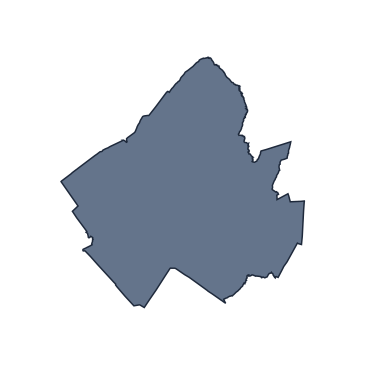 outline of Beidaud, Tulcea, Romania, rotated 27°
{"feature_id": "2599482B84970171586181", "entity_name": "Beidaud", "entity_type": "district", "adm_level": 2, "iso_a3": "ROU", "parent_name": "Romania", "parent_adm1": "Tulcea", "projection": "mercator", "projection_center": [28.531, 44.703], "detail": "fine", "context": "isolated", "style": "filled", "palette": "slate", "viewbox_px": 384, "rotation_deg": 27, "n_neighbors": 0, "source": "geoboundaries", "source_scale": "gbopen_adm2", "svg_char_len": 5977}
<svg xmlns="http://www.w3.org/2000/svg" viewBox="0 0 384 384"><g transform="rotate(27 192 192)"><path d="M256.2,273.6L272.5,275.9L268.9,273.2L269.7,272.0L270.1,271.8L270.5,271.0L271.0,270.7L271.7,269.9L271.9,269.1L273.1,267.6L273.9,267.1L274.2,266.5L275.2,266.2L275.4,265.1L275.7,264.6L276.9,261.0L277.7,259.6L278.2,257.9L278.8,256.4L278.9,255.0L279.7,253.1L279.8,252.6L279.6,252.0L279.7,251.1L279.6,249.8L280.4,249.8L280.3,249.3L280.6,249.3L280.3,248.8L280.6,248.4L280.7,247.9L280.3,247.3L280.2,246.6L280.6,246.1L280.1,245.9L279.9,245.3L279.8,244.8L280.0,244.5L279.8,243.6L280.0,243.5L279.9,243.3L279.7,242.7L279.1,242.1L279.2,241.3L279.7,240.5L280.1,240.2L280.2,240.9L280.6,241.2L282.0,240.4L282.1,240.0L282.7,239.5L282.9,238.8L283.5,238.4L284.2,238.4L284.8,238.1L285.5,238.3L286.2,238.0L287.0,238.1L287.6,237.6L291.7,236.1L292.1,236.2L292.5,236.7L292.9,236.8L293.2,236.6L293.5,235.9L293.9,235.5L295.9,235.4L296.5,234.6L296.8,234.2L297.5,233.5L297.5,231.2L297.8,229.5L299.0,228.5L299.2,227.5L300.2,228.1L300.9,228.0L301.8,228.8L302.2,229.3L303.1,229.6L303.4,230.0L304.1,229.8L304.2,230.3L304.4,230.6L304.8,230.5L305.2,230.7L305.2,230.2L305.5,229.1L307.5,229.0L307.6,220.8L307.6,217.5L307.5,217.2L308.4,211.1L309.1,189.7L310.4,189.7L313.4,189.1L310.4,181.5L300.0,158.2L296.5,149.9L296.3,149.1L296.2,149.0L293.4,150.8L284.0,156.1L280.0,151.6L278.3,150.0L271.2,160.2L270.3,158.4L269.0,156.4L270.1,154.8L268.6,153.6L268.2,153.8L267.2,153.4L266.8,154.0L262.4,153.4L262.0,153.0L261.9,151.7L261.2,150.5L260.6,149.6L260.2,144.8L260.4,143.3L260.2,141.8L260.4,140.1L259.9,139.0L260.2,135.8L259.8,133.8L260.3,132.9L258.1,130.2L257.4,128.0L257.9,127.2L257.1,125.9L256.9,125.0L257.0,123.1L259.5,120.8L261.4,118.7L260.6,116.4L260.6,115.4L260.1,114.6L260.4,113.6L259.2,111.3L258.7,108.0L258.3,106.7L257.8,104.5L257.2,102.4L238.9,120.4L234.9,124.1L235.1,125.6L235.6,126.7L235.7,127.5L235.7,129.3L236.1,132.5L235.5,133.2L235.7,135.0L235.6,135.3L234.8,136.1L234.4,137.0L234.2,137.2L232.3,137.6L231.8,137.6L231.9,136.8L232.1,136.6L232.0,136.3L231.6,136.1L231.8,135.9L231.6,135.4L231.0,135.1L230.9,134.6L230.2,134.4L230.2,134.1L230.5,133.8L230.2,133.8L230.2,133.4L230.0,133.0L228.7,133.0L226.7,131.8L225.4,132.2L225.2,131.6L224.5,130.9L224.3,130.9L224.3,131.3L223.8,131.0L224.1,130.5L224.0,130.2L224.4,130.1L224.4,129.4L223.0,128.4L222.6,128.6L222.2,128.3L221.7,126.6L222.0,125.7L221.6,125.3L221.2,125.6L220.9,125.5L220.7,125.0L220.8,124.6L220.6,124.2L220.3,123.0L219.9,123.6L219.7,123.7L218.2,123.3L216.5,123.9L215.7,123.7L215.2,122.9L215.2,122.2L214.9,121.8L215.0,121.5L214.6,119.8L213.7,119.5L213.6,119.3L213.5,118.8L212.8,119.1L211.7,118.7L211.5,118.8L210.9,118.7L210.8,118.8L210.9,119.2L209.9,119.2L209.4,119.6L208.5,119.8L208.1,120.2L207.3,119.7L207.0,118.8L207.3,118.2L207.3,117.7L207.0,117.0L207.0,116.4L207.3,116.0L207.4,115.4L207.3,112.9L206.9,112.1L206.9,110.3L206.6,109.6L206.7,109.2L206.2,108.6L205.5,107.4L205.7,106.2L205.6,104.9L205.3,104.7L205.3,104.3L204.9,103.9L204.9,102.9L205.3,102.5L204.9,101.9L204.8,101.2L205.4,101.1L205.0,100.6L205.1,99.6L204.5,98.8L204.6,98.5L205.0,98.1L204.7,97.6L204.9,97.3L204.7,97.0L204.7,96.6L205.0,95.7L204.8,95.4L204.8,94.6L204.3,93.8L203.8,93.8L203.7,93.4L203.3,93.6L203.4,93.2L202.3,93.0L202.7,92.7L202.2,91.6L201.9,91.3L201.2,91.4L201.4,90.9L201.1,90.7L200.6,90.0L200.0,89.7L199.1,88.7L198.1,88.2L197.2,86.8L195.9,85.8L196.0,85.4L195.4,85.0L195.4,84.6L194.8,84.4L194.5,84.0L194.0,84.2L193.6,84.0L193.3,84.0L193.2,83.5L192.8,83.7L192.0,83.2L192.2,82.9L192.2,82.6L191.7,82.1L191.6,81.9L192.0,82.1L192.3,81.8L192.3,81.5L191.3,81.2L191.1,80.8L190.8,80.9L190.8,81.2L190.6,81.4L190.5,80.9L189.5,80.4L188.6,80.4L188.2,80.2L188.3,79.7L187.6,79.6L187.9,78.7L187.7,78.7L187.5,78.1L187.0,78.5L186.8,78.3L187.2,78.1L187.2,77.9L186.9,77.8L186.7,77.4L186.8,77.1L186.0,76.7L186.3,76.5L186.6,76.0L185.6,75.9L185.2,76.2L183.7,76.3L183.3,76.6L182.8,76.6L182.7,76.8L182.4,76.6L181.9,76.6L181.7,76.8L181.2,76.5L180.8,76.8L180.4,76.8L179.6,76.2L178.7,75.9L177.9,76.3L177.6,76.3L174.2,74.6L170.7,73.9L170.4,73.6L168.7,72.8L168.0,71.9L167.4,71.7L166.8,71.1L166.0,71.0L165.6,70.4L164.7,70.2L163.9,69.7L162.3,69.5L161.5,69.2L160.3,69.1L159.7,68.7L159.6,68.3L159.1,68.2L158.9,67.6L157.7,68.0L157.4,67.6L156.6,67.9L156.2,67.5L155.9,68.0L155.3,67.7L154.4,68.5L154.1,68.5L152.4,66.8L150.8,65.9L149.9,65.6L149.2,64.9L147.7,64.2L147.0,64.5L146.8,65.1L146.2,65.3L146.0,65.2L145.9,64.7L145.7,64.5L145.0,64.7L144.6,65.7L144.3,65.9L143.7,66.0L143.5,66.5L142.3,67.4L141.7,67.4L141.3,68.1L140.6,68.3L140.2,69.1L139.6,69.6L138.9,70.7L138.6,71.3L138.7,72.1L138.6,72.9L137.9,73.8L137.2,75.1L135.8,79.9L135.3,80.9L135.2,81.0L133.3,85.2L131.6,88.3L131.4,90.9L130.4,94.4L130.2,95.6L130.4,97.5L130.3,98.7L129.6,99.8L129.1,101.6L128.6,102.5L128.2,104.0L127.6,107.5L127.1,108.9L126.6,112.1L126.6,113.4L124.8,113.3L124.6,113.6L124.4,114.3L124.1,114.5L121.0,132.5L118.8,143.5L117.8,143.9L114.8,146.0L114.1,146.7L113.8,147.3L113.5,151.6L113.8,154.6L113.5,156.0L113.5,158.8L113.7,159.9L114.0,164.1L113.7,165.4L109.9,172.9L109.5,174.2L110.5,175.9L111.3,176.7L111.2,177.4L111.0,177.5L108.8,176.9L107.4,176.9L107.1,177.1L107.3,177.1L98.9,188.0L97.8,189.5L97.4,190.4L95.3,192.8L93.6,195.2L93.5,196.3L93.2,196.9L91.9,197.8L91.7,198.1L90.1,201.5L89.0,203.5L76.6,229.0L75.9,230.9L70.8,241.4L70.6,242.2L96.8,256.2L94.2,263.5L100.9,267.3L116.2,274.9L115.9,276.0L117.8,276.3L118.5,277.3L119.3,278.1L120.1,279.4L120.6,279.6L120.9,279.6L121.5,279.0L121.9,277.4L124.2,277.7L124.6,278.8L125.3,279.0L125.2,279.7L125.2,280.1L125.7,280.7L126.1,283.3L126.4,284.1L126.9,284.4L125.3,286.8L121.0,292.5L121.0,293.0L121.5,293.8L122.3,293.7L122.9,293.2L123.6,293.1L130.6,295.5L140.8,299.5L162.8,307.7L165.8,308.7L166.1,309.5L168.1,310.5L179.5,315.2L191.9,319.8L196.4,316.4L196.8,316.3L201.9,316.6L203.0,307.0L204.5,295.8L206.1,279.6L207.1,270.1L207.3,269.7L211.3,267.7L212.5,267.6L223.1,269.0L228.1,269.3L243.5,271.7L250.3,272.8L251.4,273.1L256.2,273.6Z" fill="#64748b" stroke="#1e293b" stroke-width="1.5"/></g></svg>